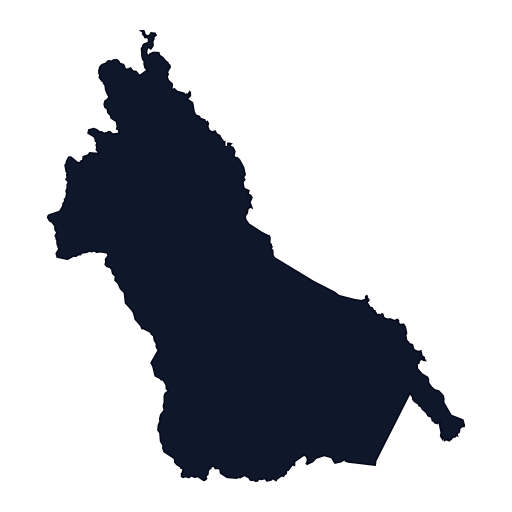 the district of Acandí, Chocó, Colombia
{"feature_id": "7082276B91740979880715", "entity_name": "Acandí", "entity_type": "district", "adm_level": 2, "iso_a3": "COL", "parent_name": "Colombia", "parent_adm1": "Chocó", "projection": "mercator", "projection_center": [-77.318, 8.474], "detail": "fine", "context": "isolated", "style": "filled", "palette": "ink", "viewbox_px": 512, "rotation_deg": 0, "n_neighbors": 0, "source": "geoboundaries", "source_scale": "gbopen_adm2", "svg_char_len": 5945}
<svg xmlns="http://www.w3.org/2000/svg" viewBox="0 0 512 512"><path d="M459.6,428.7L462.3,426.3L464.0,426.6L464.4,425.4L462.9,420.0L451.1,415.3L443.6,402.4L443.9,398.8L443.1,395.6L438.8,391.0L434.4,389.7L431.4,386.9L428.5,382.8L428.4,379.1L427.5,377.2L422.0,374.0L417.5,368.7L416.9,363.9L418.8,363.3L419.4,360.6L422.3,358.7L423.2,360.2L425.4,360.5L424.0,358.3L424.3,357.4L422.0,355.9L420.9,350.8L418.8,351.6L415.2,350.5L413.7,349.1L412.4,344.6L408.8,343.6L408.7,342.4L406.6,340.4L405.7,335.0L406.6,333.2L405.3,326.8L403.5,324.2L399.7,324.6L398.5,322.6L398.5,320.4L397.4,319.3L394.6,320.7L390.2,318.9L387.8,319.2L384.7,318.2L383.6,317.1L382.8,314.1L381.8,313.9L380.8,315.3L378.8,314.3L376.8,315.4L376.3,313.2L374.7,311.9L375.2,311.0L373.7,310.5L372.0,307.6L370.2,307.6L367.2,302.7L367.1,301.8L368.5,301.0L368.9,299.7L367.7,298.6L366.9,295.7L365.6,296.4L365.9,299.1L361.5,300.7L354.8,299.7L338.8,295.6L334.8,292.4L313.4,281.4L274.3,257.7L272.9,255.2L272.8,250.8L270.7,247.9L272.1,246.9L271.2,245.9L271.3,244.5L269.6,242.9L270.1,238.0L269.1,235.6L268.3,235.8L261.7,232.4L248.9,224.1L245.7,219.6L245.2,215.9L247.3,213.0L247.9,208.9L250.4,207.0L252.0,207.8L249.9,202.2L252.0,197.6L250.5,195.2L248.1,194.4L248.9,190.6L244.6,188.7L243.8,187.5L242.9,182.2L244.8,179.6L243.3,177.5L245.2,174.7L243.6,167.4L239.6,160.0L237.7,158.0L237.0,157.6L236.2,158.4L233.9,156.1L234.9,151.3L233.0,147.5L230.5,146.5L230.0,144.9L231.3,143.8L228.6,143.1L227.7,143.5L227.9,146.2L225.9,146.8L224.7,146.2L224.7,141.8L224.2,142.1L221.1,138.4L219.8,135.6L216.5,133.8L215.3,131.1L213.6,131.4L212.6,132.7L212.5,132.0L209.2,130.4L207.7,126.4L208.4,123.6L207.4,121.5L205.9,122.6L204.7,119.8L200.5,118.6L199.4,116.4L195.7,115.1L194.2,112.0L192.6,102.7L187.2,99.2L190.4,95.7L190.3,91.6L189.2,93.8L189.1,92.6L188.3,94.2L186.4,94.1L185.2,95.2L184.0,93.2L177.1,91.4L174.4,88.7L172.7,89.7L171.9,88.8L172.3,84.1L168.2,80.2L167.1,76.4L168.3,74.2L167.4,73.1L168.0,70.7L170.2,67.3L169.7,65.0L168.8,64.8L167.6,62.3L165.9,61.4L163.1,57.7L159.5,55.3L158.8,52.6L153.5,52.4L150.0,53.8L149.3,55.4L147.1,54.7L146.5,52.0L147.5,47.8L149.1,47.6L150.8,49.0L153.1,45.6L152.7,41.4L154.0,38.8L153.7,36.9L156.1,35.3L155.1,33.3L151.0,32.8L149.5,35.4L146.2,35.8L145.0,34.1L143.9,34.6L144.6,32.6L143.8,30.7L140.9,30.9L143.3,32.5L142.6,34.2L143.7,34.8L144.9,37.6L147.1,37.3L148.6,39.2L148.3,42.6L144.1,44.0L142.8,45.6L142.6,47.5L141.4,48.1L142.0,56.6L142.6,59.2L144.5,62.0L144.0,63.6L144.8,67.3L147.7,70.9L145.8,71.1L140.1,75.3L139.0,75.0L136.0,71.4L133.0,71.2L130.5,67.9L128.4,69.0L125.5,69.3L123.6,64.6L119.8,63.3L118.6,61.0L116.7,59.6L113.2,60.0L111.7,61.4L109.2,60.7L107.6,61.2L106.1,63.2L102.3,64.5L100.4,66.1L99.5,67.7L100.0,68.7L99.0,69.4L98.8,72.9L99.8,75.2L99.3,77.5L102.0,81.1L103.3,81.4L103.5,83.2L105.1,85.2L105.6,89.6L107.4,94.2L109.2,97.0L106.7,100.0L105.2,100.6L104.1,104.1L104.5,105.9L105.1,107.5L107.2,108.8L107.9,112.7L110.5,115.3L111.0,118.0L116.4,121.5L117.3,126.6L116.6,128.9L119.2,130.2L118.7,131.3L119.4,133.2L113.9,134.0L112.0,133.7L110.1,131.7L108.2,131.7L108.0,132.5L103.8,133.3L101.7,131.8L99.6,132.0L98.3,130.7L97.3,131.0L97.0,129.8L93.7,128.5L88.8,129.9L88.0,133.2L93.4,136.3L95.0,138.1L95.4,141.2L97.2,142.2L96.1,145.2L96.9,147.0L96.3,149.8L98.1,151.8L98.6,153.5L89.7,152.8L88.1,155.0L83.2,156.7L82.8,160.5L82.4,161.1L81.3,160.7L79.9,162.6L77.6,162.6L71.0,157.1L68.7,157.1L66.6,161.1L66.1,163.9L65.0,165.1L66.2,171.6L67.6,173.4L66.6,174.5L67.2,177.4L65.9,179.3L68.5,182.3L67.1,184.6L67.2,188.3L66.0,191.0L66.7,193.5L65.8,198.2L64.5,199.1L64.7,201.7L63.1,203.2L62.7,206.3L59.7,211.4L49.4,214.8L48.3,215.4L47.6,217.4L49.6,220.9L51.9,222.0L54.9,226.1L55.0,229.8L56.9,232.5L55.2,235.9L55.8,236.0L56.2,239.0L56.9,239.1L57.1,244.1L58.9,249.1L56.2,253.4L57.1,257.1L67.5,259.3L73.6,256.0L75.9,256.3L78.6,254.6L80.5,254.7L81.7,253.0L86.8,252.3L89.6,250.9L91.3,251.7L94.5,250.9L96.5,252.3L100.4,251.8L107.1,252.8L108.2,255.6L105.5,259.3L105.8,262.2L105.1,264.3L106.7,266.4L110.1,267.5L111.7,269.2L112.6,273.5L115.6,276.5L114.9,280.2L118.1,283.3L120.5,288.8L124.3,292.6L125.5,303.0L131.9,310.1L133.6,313.0L135.2,319.3L140.8,325.7L142.0,328.7L143.4,328.6L150.5,332.2L151.3,334.1L154.0,336.1L153.7,337.6L154.6,338.9L154.1,339.8L156.5,344.0L156.2,346.6L158.2,350.4L151.0,363.0L152.7,365.7L155.2,375.9L160.3,378.5L161.1,379.7L163.1,380.0L166.1,384.7L166.4,389.0L168.0,390.1L167.8,391.4L165.2,393.4L164.2,396.0L164.3,402.1L163.3,406.1L164.3,410.1L160.7,414.7L159.6,419.3L160.2,420.7L158.4,425.0L157.9,430.1L159.9,433.0L160.6,441.4L163.1,445.4L162.8,448.0L164.1,451.8L174.6,458.6L174.7,462.1L176.7,464.5L180.7,467.1L181.0,468.2L183.2,468.5L182.4,472.7L181.5,473.6L181.5,476.6L183.3,477.4L185.5,476.5L188.8,477.6L189.8,477.1L189.8,476.3L191.5,475.9L194.8,477.3L197.5,476.4L203.8,480.5L205.0,480.1L206.6,478.7L205.7,476.2L207.9,474.4L208.2,470.9L209.6,468.7L210.6,468.6L210.9,467.1L212.8,466.3L214.4,466.7L215.2,468.6L218.8,468.4L220.1,469.7L220.5,473.1L227.0,477.4L236.8,478.2L237.9,477.3L240.1,477.7L244.7,475.3L247.2,477.0L249.1,477.1L249.2,478.5L250.8,480.4L253.6,480.1L255.7,481.3L257.5,481.0L259.0,478.8L261.2,479.5L265.1,478.5L266.9,481.0L271.4,479.9L272.6,478.4L276.1,480.6L276.8,479.2L281.5,475.8L283.6,476.3L284.5,474.6L286.3,473.4L286.4,470.6L288.2,470.3L292.4,464.7L294.5,465.4L294.6,461.6L304.1,455.0L306.3,456.4L307.3,458.4L307.4,461.2L306.3,463.5L307.1,464.3L312.8,461.6L315.9,458.2L324.2,455.5L331.6,457.6L334.9,463.1L340.9,461.8L344.8,459.4L345.6,461.1L348.3,462.0L375.2,465.2L375.8,460.7L410.0,393.2L412.6,397.1L412.8,399.4L414.7,401.7L418.6,404.1L419.0,405.8L420.9,406.5L422.3,409.1L426.7,413.1L428.0,415.7L429.7,416.6L431.1,416.3L432.5,420.9L433.9,421.0L434.4,422.6L437.3,423.6L439.0,422.3L440.0,422.5L439.5,424.3L441.2,432.6L440.6,436.0L442.3,438.9L442.5,437.3L443.5,437.4L444.4,440.6L446.2,439.6L449.1,440.7L449.0,439.6L450.7,439.9L452.8,437.2L455.1,436.9L456.3,435.3L457.5,435.8L456.9,433.8L459.4,432.0L459.6,428.7Z" fill="#0f172a" stroke="#020617" stroke-width="1.5"/></svg>